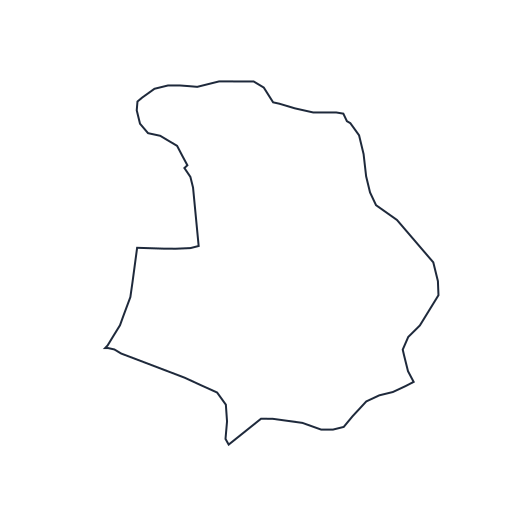 the district of Al-Qanayat, Ash Sharqiyah, Egypt, rotated 255°
{"feature_id": "37247803B43840027244949", "entity_name": "Al-Qanayat", "entity_type": "district", "adm_level": 2, "iso_a3": "EGY", "parent_name": "Egypt", "parent_adm1": "Ash Sharqiyah", "projection": "albers", "projection_center": [31.473, 30.634], "detail": "fine", "context": "isolated", "style": "outline", "palette": "slate", "viewbox_px": 512, "rotation_deg": 255, "n_neighbors": 0, "source": "geoboundaries", "source_scale": "gbopen_adm2", "svg_char_len": 1167}
<svg xmlns="http://www.w3.org/2000/svg" viewBox="0 0 512 512"><g transform="rotate(255 256 256)"><path d="M283.7,180.8L286.7,169.7L294.7,143.3L262.6,129.9L248.8,124.0L232.5,112.4L224.3,106.7L216.2,98.1L208.0,89.5L206.1,86.4L205.3,89.4L202.4,95.0L196.7,100.5L156.9,155.6L145.5,169.3L134.2,183.1L120.2,188.4L103.7,185.2L87.2,179.2L80.9,180.8L97.5,218.7L94.5,229.8L82.8,257.6L71.4,274.1L68.4,285.3L68.2,296.5L76.3,307.9L87.0,324.9L89.5,339.0L89.2,353.0L91.7,367.1L93.6,375.7L105.4,373.0L122.0,373.3L127.6,373.5L138.4,382.1L146.5,396.3L170.9,422.1L184.6,425.2L204.0,425.6L211.5,422.0L254.3,401.5L274.0,385.1L287.9,382.6L304.5,383.0L326.6,386.3L345.9,386.8L359.9,381.5L362.7,378.7L370.9,377.2L373.9,370.6L376.9,359.4L379.9,348.3L388.6,331.7L397.1,317.9L400.0,312.3L416.7,307.1L422.4,301.6L425.2,298.9L428.2,287.7L429.7,282.2L434.2,265.5L434.3,259.9L434.6,243.0L435.8,239.7L437.6,234.7L440.5,226.4L443.5,215.2L443.8,201.2L438.5,187.1L435.9,181.5L427.6,178.5L413.8,178.2L402.6,183.5L396.9,194.6L391.2,200.1L382.8,208.3L371.6,210.8L361.4,213.2L359.5,209.6L349.4,213.1L338.4,212.9L280.5,203.2L280.6,194.8L283.7,180.8Z" fill="none" stroke="#1e293b" stroke-width="2"/></g></svg>